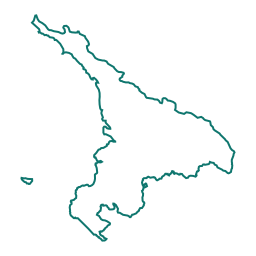 the district of Osa, Puntarenas, Costa Rica
{"feature_id": "36466004B23652443238408", "entity_name": "Osa", "entity_type": "district", "adm_level": 2, "iso_a3": "CRI", "parent_name": "Costa Rica", "parent_adm1": "Puntarenas", "projection": "orthographic", "projection_center": [-83.568, 8.892], "detail": "fine", "context": "isolated", "style": "outline", "palette": "teal", "viewbox_px": 256, "rotation_deg": 0, "n_neighbors": 0, "source": "geoboundaries", "source_scale": "gbopen_adm2", "svg_char_len": 5788}
<svg xmlns="http://www.w3.org/2000/svg" viewBox="0 0 256 256"><path d="M147.0,186.2L146.5,184.6L146.0,184.5L146.2,183.9L145.8,183.5L144.3,184.5L144.4,185.1L144.0,185.5L143.0,185.6L142.6,184.9L142.0,182.6L142.6,180.4L143.0,180.1L142.9,179.1L143.9,178.2L146.6,178.1L147.2,177.3L148.2,176.7L150.4,177.7L153.8,177.1L154.0,177.5L155.1,177.7L156.0,179.4L156.8,180.2L157.3,180.3L158.9,179.4L159.5,178.7L161.4,178.6L162.2,176.7L164.3,175.3L165.3,173.8L166.1,173.7L166.9,174.3L167.7,173.9L168.4,175.2L169.2,175.4L169.4,174.3L170.5,174.0L171.2,172.9L172.3,172.5L171.9,171.3L172.2,171.1L173.6,171.5L174.0,172.5L174.0,173.6L174.3,173.9L175.6,173.2L177.2,173.6L179.1,174.7L179.9,174.5L180.2,173.8L182.0,174.0L183.1,175.6L186.1,178.1L188.0,177.7L188.6,176.6L189.2,176.1L190.5,175.7L193.1,175.9L195.5,176.6L195.8,175.9L196.3,175.9L196.6,175.2L196.0,174.5L197.0,171.5L197.7,171.1L198.1,171.2L198.8,170.4L198.5,168.9L198.9,166.8L199.9,166.1L202.0,166.0L203.1,164.5L204.2,164.4L204.9,164.8L208.7,164.1L209.4,163.5L209.9,161.9L211.6,162.6L213.7,162.9L214.7,164.6L216.6,165.4L217.5,167.4L222.0,169.6L223.2,170.6L225.4,171.0L227.6,173.0L228.6,173.3L229.4,173.0L231.0,171.9L231.4,169.3L232.0,168.4L232.3,165.1L231.9,164.3L232.1,163.1L231.8,162.1L231.8,159.8L233.4,155.7L233.7,153.8L234.5,152.4L233.9,151.2L232.1,150.1L230.6,148.4L227.7,142.0L225.6,140.2L225.1,139.3L220.4,134.7L219.6,133.5L214.8,130.4L213.5,129.2L212.9,127.1L210.8,125.1L210.3,122.1L209.9,121.3L205.2,120.1L203.7,119.0L203.1,118.1L201.2,116.9L197.6,117.8L193.6,114.8L191.3,113.3L189.8,112.9L186.4,112.3L184.1,113.9L178.7,112.5L175.0,109.9L175.6,108.0L175.6,104.5L175.2,103.4L173.1,101.9L170.0,100.8L167.7,100.5L166.4,98.9L165.2,98.2L163.4,98.2L162.5,99.0L162.3,102.1L161.8,103.2L160.1,102.7L159.1,101.0L157.5,99.6L154.4,99.4L152.9,98.7L146.7,97.8L146.0,97.1L144.5,94.0L141.9,92.7L139.3,90.5L139.4,89.3L138.5,88.6L137.8,87.1L135.4,86.4L133.7,84.3L132.0,83.5L129.8,83.1L128.7,82.4L125.8,82.4L123.3,81.8L121.9,81.1L120.6,80.9L120.0,80.4L119.6,79.6L119.8,78.5L122.3,76.8L122.3,75.6L123.9,73.7L123.6,72.8L121.2,72.1L118.8,72.0L117.2,71.2L114.5,68.4L113.7,67.0L108.1,63.8L106.6,61.5L104.1,60.5L102.5,60.5L98.3,59.6L95.3,58.0L92.6,53.9L88.3,51.4L87.1,48.1L86.9,46.1L88.5,45.4L89.0,44.1L88.1,41.5L85.4,37.8L84.9,36.2L79.8,33.9L78.7,31.5L77.7,31.5L77.3,32.5L75.3,32.6L71.8,32.3L69.8,31.6L68.6,27.8L68.1,27.1L66.4,25.8L64.1,26.0L63.5,26.9L63.3,27.6L63.7,28.3L64.6,29.4L65.0,32.1L64.2,33.1L62.7,33.6L61.2,33.3L58.5,32.0L53.8,31.2L51.1,30.2L49.3,30.1L48.1,29.3L45.3,25.4L42.3,23.1L39.2,21.4L37.7,19.2L36.3,15.4L35.3,15.6L33.8,20.6L32.0,22.7L39.0,29.0L39.5,30.2L39.5,31.6L38.6,31.8L38.9,32.6L40.2,32.4L41.6,33.6L42.7,33.6L44.7,35.2L46.2,34.9L47.6,35.7L48.2,35.6L49.7,37.2L53.0,37.7L54.2,38.5L54.7,40.0L56.0,39.9L56.9,40.5L60.2,43.8L63.3,49.1L63.4,51.5L63.2,52.7L62.5,53.7L62.9,53.8L63.9,52.7L66.0,52.3L69.0,52.9L71.8,54.4L72.2,55.5L73.6,57.8L75.2,58.6L76.3,59.8L76.5,60.3L79.9,63.8L81.7,64.6L82.0,65.6L83.7,67.6L83.3,68.8L83.9,69.3L84.8,69.4L85.6,70.0L86.1,70.9L86.2,72.6L87.7,73.3L89.1,74.6L90.4,77.7L91.5,79.3L92.8,79.5L92.8,78.2L94.0,77.8L96.0,79.5L97.5,81.4L98.1,82.7L96.3,82.6L95.9,83.1L95.9,83.7L96.3,85.6L98.8,89.6L99.6,93.0L99.7,96.8L99.4,100.1L99.6,104.4L100.2,108.3L100.9,109.7L102.2,110.1L101.5,112.1L101.4,113.5L102.9,117.4L102.1,119.0L103.0,120.6L105.7,120.7L105.6,122.3L106.1,123.2L109.7,127.0L110.3,128.2L110.3,128.8L108.6,128.7L107.1,128.3L105.8,126.9L105.0,126.6L104.1,126.7L103.4,127.7L103.4,132.7L104.3,134.4L105.8,134.2L110.7,136.5L113.7,140.4L115.2,141.4L115.2,141.7L113.6,141.7L111.8,141.0L110.0,141.2L109.0,142.2L108.5,143.9L107.7,144.5L107.5,144.3L106.9,144.4L106.8,145.9L103.4,147.9L101.6,148.0L101.0,148.2L100.2,149.2L98.5,149.7L96.3,152.9L94.2,155.1L94.1,156.8L94.7,157.6L95.5,157.4L97.1,160.8L98.5,161.5L100.7,160.9L101.9,161.8L100.8,162.4L97.6,162.2L96.5,163.5L95.7,163.4L95.5,163.9L95.4,165.0L95.8,165.4L96.7,168.0L97.2,172.4L96.9,173.2L95.3,174.2L94.9,174.7L95.0,178.8L94.6,181.0L93.4,183.9L92.0,185.2L90.4,186.0L88.9,186.2L87.8,184.8L86.8,184.7L83.8,185.8L83.0,185.4L81.8,185.8L79.9,187.0L78.9,187.0L78.3,187.7L77.5,187.7L77.1,188.2L76.9,189.6L75.9,190.2L75.7,190.9L75.9,192.6L75.6,192.9L75.5,193.7L76.3,195.7L76.1,198.0L74.7,199.0L73.9,199.9L71.1,200.6L70.8,201.2L70.9,202.0L71.5,202.3L71.6,203.9L70.1,205.2L69.7,207.4L70.1,210.5L69.9,211.6L70.3,212.3L70.1,213.5L70.8,215.4L73.8,218.1L74.7,218.1L75.2,217.6L76.1,218.3L77.8,218.2L88.3,228.6L93.9,234.7L94.9,234.5L96.2,234.9L96.5,235.7L96.9,235.8L97.9,236.8L98.7,236.9L98.7,237.6L100.9,238.9L102.3,240.6L104.7,240.5L106.3,239.3L106.5,238.9L103.9,237.7L103.4,236.5L100.9,235.2L100.2,234.4L99.6,231.8L100.4,231.7L100.5,231.4L101.7,231.7L102.1,231.1L103.7,230.4L104.0,229.5L104.7,229.1L105.3,228.0L106.7,227.1L107.7,225.6L109.8,224.5L110.0,223.4L109.6,222.9L107.1,221.3L105.0,220.4L102.7,220.1L101.1,219.2L99.1,216.0L96.9,214.8L97.6,213.0L98.4,212.8L99.7,211.1L100.5,210.8L101.0,207.6L100.5,206.7L100.9,206.0L100.9,205.3L101.9,204.7L102.9,204.7L103.2,205.7L106.0,205.3L106.9,205.8L107.6,207.2L108.6,208.0L109.0,209.1L109.8,209.5L112.3,209.4L113.7,209.1L114.5,208.0L114.5,206.4L113.3,204.4L113.3,203.6L114.0,203.6L115.9,205.0L118.0,208.8L117.5,211.3L118.0,212.6L119.8,212.8L123.1,214.8L127.7,215.6L128.9,216.2L129.7,217.1L130.6,217.1L132.2,214.7L133.2,214.6L136.3,213.3L137.6,211.6L138.3,211.4L139.0,210.6L138.9,210.2L140.1,208.1L142.0,208.0L143.8,205.4L143.8,204.4L144.3,203.6L144.3,202.9L144.1,202.3L143.0,201.6L142.6,200.7L142.4,197.4L143.0,195.6L143.1,193.6L142.4,192.4L142.0,190.9L142.8,190.4L143.0,189.2L143.5,188.7L143.5,187.5L145.3,187.2L147.0,186.2ZM24.1,178.4L21.6,177.9L21.5,178.7L22.4,180.1L24.6,182.0L25.9,182.2L26.9,183.5L28.0,183.4L28.8,184.0L29.8,183.9L32.2,180.9L32.1,179.1L27.7,178.9L25.4,178.2L24.1,178.4Z" fill="none" stroke="#0f766e" stroke-width="2"/></svg>